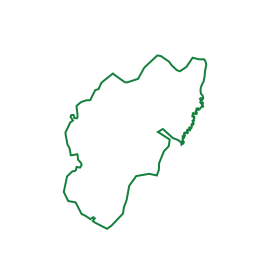 Tarmuwa, Yobe, Nigeria, rotated 121°
{"feature_id": "59680162B67238968218645", "entity_name": "Tarmuwa", "entity_type": "district", "adm_level": 2, "iso_a3": "NGA", "parent_name": "Nigeria", "parent_adm1": "Yobe", "projection": "orthographic", "projection_center": [11.647, 12.245], "detail": "fine", "context": "isolated", "style": "outline", "palette": "green", "viewbox_px": 256, "rotation_deg": 121, "n_neighbors": 0, "source": "geoboundaries", "source_scale": "gbopen_adm2", "svg_char_len": 4778}
<svg xmlns="http://www.w3.org/2000/svg" viewBox="0 0 256 256"><g transform="rotate(121 128 128)"><path d="M112.5,175.6L120.7,175.0L123.0,174.6L124.0,175.2L125.4,177.6L128.6,180.5L130.2,181.7L135.5,183.5L138.3,181.5L142.4,178.2L145.0,176.8L146.1,176.9L146.7,178.3L147.1,179.2L144.9,181.3L145.9,183.0L146.4,183.3L147.0,183.3L148.0,183.0L150.0,179.0L152.0,179.9L153.3,180.4L154.0,180.3L154.3,180.3L155.6,180.1L157.5,179.9L158.1,179.8L163.8,179.4L165.8,178.1L173.7,171.0L174.4,169.4L175.1,168.1L176.6,166.7L180.8,163.0L178.9,160.4L176.6,158.2L177.2,157.2L180.8,154.6L182.3,150.0L183.7,148.7L186.6,148.7L187.9,152.0L191.0,150.9L192.4,151.6L193.7,153.3L200.9,155.3L215.9,150.1L221.4,141.6L218.7,134.6L225.6,123.5L225.2,119.2L225.5,113.4L222.3,111.7L222.6,109.9L225.8,110.4L226.1,107.5L225.2,94.0L220.3,91.9L203.9,88.2L198.3,90.6L190.5,92.1L183.2,94.8L176.9,97.2L165.0,96.2L156.4,86.3L153.8,78.8L148.0,80.0L141.9,83.3L129.3,85.2L122.6,83.7L116.4,86.3L116.0,100.3L112.4,98.4L111.3,97.9L110.9,97.4L113.5,84.5L112.5,78.8L113.0,76.5L112.6,75.9L112.4,75.1L112.5,74.9L114.3,74.1L114.6,73.7L114.3,73.7L114.2,73.7L113.8,73.4L113.6,73.4L113.5,73.1L113.3,72.9L113.2,72.7L112.9,72.5L112.6,72.5L112.1,72.8L112.0,73.0L111.8,73.1L111.7,73.0L111.3,73.0L111.2,73.1L110.9,73.3L110.7,73.8L110.6,74.0L110.7,74.3L110.7,74.7L110.4,75.0L110.0,75.1L109.7,75.1L109.3,75.3L109.0,75.6L108.3,75.9L107.9,76.0L107.5,76.5L107.0,76.8L106.9,76.9L106.7,76.8L106.6,76.7L106.8,76.5L107.1,76.5L107.1,76.4L106.9,76.2L106.8,75.8L106.9,75.7L107.1,75.6L107.3,75.6L107.5,75.6L107.8,75.5L107.8,75.3L107.8,75.1L107.7,75.0L107.6,74.9L107.4,74.9L107.1,75.2L106.9,75.3L106.5,75.5L106.3,75.6L105.7,75.2L105.4,75.1L105.0,75.2L104.9,75.3L104.9,75.5L104.9,75.8L104.9,76.0L104.9,76.3L104.8,76.5L104.6,76.8L104.3,77.0L103.9,77.1L103.4,77.2L102.9,77.2L102.7,77.0L102.6,76.8L102.7,76.5L102.7,76.3L102.7,76.1L102.3,75.8L102.1,75.7L101.9,75.5L101.9,75.3L101.9,75.1L102.0,74.8L101.9,74.5L101.7,74.3L101.5,74.2L101.3,74.3L101.2,74.4L101.1,74.6L100.9,75.4L100.6,75.8L100.2,75.9L99.9,76.0L99.6,76.1L99.3,76.1L98.8,76.2L98.6,75.9L99.0,75.2L99.0,74.9L98.9,74.6L98.7,74.4L98.2,74.2L98.0,73.7L97.8,73.7L97.6,73.7L97.3,73.8L97.2,74.1L96.9,74.8L96.7,75.2L96.3,75.7L95.9,75.7L95.7,75.5L95.5,75.0L95.6,74.8L95.8,74.6L95.8,74.1L95.6,73.7L95.2,73.6L94.8,73.7L94.5,73.9L93.2,74.4L92.7,74.6L92.5,74.8L92.6,75.0L92.6,75.3L92.3,75.4L92.1,75.4L92.0,75.2L92.0,74.9L91.8,74.8L91.7,74.7L91.8,74.5L91.9,74.3L91.8,74.1L91.6,73.9L91.4,73.9L91.1,74.0L90.9,74.1L90.5,74.0L90.4,74.1L90.5,74.4L90.6,74.5L90.8,74.6L90.9,74.8L90.7,75.0L90.2,75.1L89.9,75.0L89.5,75.1L89.2,75.1L88.9,75.4L88.7,75.6L88.7,75.8L88.7,76.0L88.8,76.2L88.7,76.4L88.4,76.4L88.2,76.3L88.2,76.1L88.2,75.8L88.3,75.7L88.0,75.3L87.8,75.2L87.6,75.2L87.2,75.5L87.0,75.9L86.7,76.1L86.4,76.2L86.1,76.2L85.9,76.1L85.6,76.1L85.5,76.4L85.5,76.6L85.4,76.9L85.3,77.0L84.8,76.9L84.7,76.9L84.4,76.9L84.1,77.1L84.0,77.6L84.0,77.8L84.4,77.8L84.7,77.9L84.8,78.0L84.8,78.5L84.9,78.8L84.7,78.9L84.4,79.0L83.9,79.3L83.5,79.4L83.1,79.5L82.8,79.4L82.5,79.5L82.0,80.0L81.7,79.8L81.6,79.7L81.6,79.3L81.7,79.2L81.9,79.1L81.8,78.7L81.7,78.5L81.5,78.3L81.3,78.2L80.7,78.1L80.5,77.9L80.5,77.7L80.8,77.3L80.9,77.1L80.9,76.7L80.7,76.6L80.2,76.5L79.9,76.8L79.4,77.0L79.2,77.3L79.3,77.4L79.5,77.6L79.6,77.9L79.5,78.1L79.5,78.3L79.3,78.5L79.0,78.5L78.8,78.4L78.5,78.2L78.2,78.2L77.7,78.3L77.5,78.6L77.3,78.7L77.1,78.8L76.7,79.1L76.4,79.2L76.4,78.8L76.3,78.6L76.2,78.4L75.8,78.6L75.6,78.6L75.4,78.5L75.2,78.4L75.1,78.1L75.7,77.8L75.9,77.7L76.2,77.4L76.2,77.2L75.8,77.2L75.6,77.1L75.5,76.9L75.5,76.7L75.4,76.4L75.0,76.2L74.7,76.2L74.4,76.2L74.0,76.2L73.7,76.2L73.2,76.1L72.0,75.9L71.7,75.7L71.4,75.3L71.5,75.1L71.4,75.0L71.2,74.9L71.1,75.0L70.9,75.3L70.7,75.5L70.4,75.7L70.2,75.6L70.2,75.4L70.0,75.6L70.2,75.8L70.4,76.1L70.4,76.3L70.1,76.5L69.8,76.6L69.5,76.5L69.4,76.6L69.3,76.8L69.0,76.9L68.8,76.9L68.7,76.8L68.4,76.7L68.2,76.7L67.9,76.6L67.7,76.7L67.6,76.9L67.6,77.0L67.8,77.2L68.1,77.3L68.2,77.5L68.5,77.6L68.9,77.4L69.2,77.5L69.3,77.8L69.2,78.0L69.3,78.2L69.3,78.3L69.2,78.5L68.8,78.6L68.6,78.6L68.4,78.7L68.3,78.9L68.5,79.3L68.1,79.5L67.8,79.2L67.3,79.2L66.9,79.4L66.8,79.2L66.4,79.1L65.8,79.4L65.8,79.8L66.0,80.0L66.1,80.4L66.3,80.6L66.2,80.9L65.9,81.4L65.6,81.3L65.3,81.1L64.9,81.0L64.6,80.5L64.6,80.0L64.6,79.7L64.9,79.5L65.1,79.2L65.2,78.8L64.9,78.7L63.6,79.0L62.3,80.1L61.8,80.8L61.5,81.6L61.0,83.2L59.7,84.2L58.3,85.3L55.8,86.4L52.0,87.1L49.4,87.1L44.3,88.9L40.2,91.0L36.8,92.3L33.6,93.4L32.3,94.6L30.8,96.2L29.9,98.0L32.5,102.4L34.5,108.8L45.6,109.4L52.6,112.7L53.3,115.8L51.8,122.8L50.0,126.8L49.4,136.7L49.6,137.4L50.7,140.2L65.5,144.5L67.8,145.1L80.7,144.7L89.3,152.2L90.4,154.3L89.6,164.6L89.1,169.0L101.4,173.6L103.4,174.1L107.6,173.5L109.8,173.3L112.5,175.6Z" fill="none" stroke="#15803d" stroke-width="2"/></g></svg>